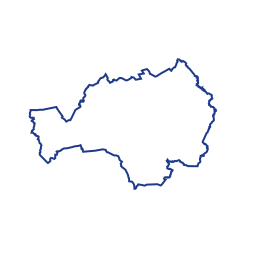 Rundēnu pag., Ludzas, Latvia (Mercator projection), rotated 234°
{"feature_id": "27541924B20258321075970", "entity_name": "Rundēnu pag.", "entity_type": "district", "adm_level": 2, "iso_a3": "LVA", "parent_name": "Latvia", "parent_adm1": "Ludzas", "projection": "mercator", "projection_center": [27.772, 56.271], "detail": "fine", "context": "isolated", "style": "outline", "palette": "blue", "viewbox_px": 256, "rotation_deg": 234, "n_neighbors": 0, "source": "geoboundaries", "source_scale": "gbopen_adm2", "svg_char_len": 5834}
<svg xmlns="http://www.w3.org/2000/svg" viewBox="0 0 256 256"><g transform="rotate(234 128 128)"><path d="M183.0,130.9L182.1,130.5L183.0,125.1L182.9,124.6L185.6,122.0L185.3,121.3L185.3,120.7L184.9,120.4L184.8,119.6L184.5,119.5L184.5,118.5L184.3,117.8L184.4,117.2L184.2,117.0L184.1,116.6L183.9,116.5L183.7,115.7L182.4,113.5L181.3,112.8L179.7,112.9L178.8,111.7L178.7,109.7L177.8,108.8L176.2,108.4L175.7,107.8L175.8,107.5L175.9,107.2L175.7,106.9L175.8,106.8L176.4,106.7L176.5,106.3L177.6,106.6L177.9,106.3L178.0,105.7L177.3,104.6L176.7,104.1L176.3,102.6L175.5,101.9L175.1,102.0L174.8,102.6L174.5,102.7L173.2,102.1L173.1,101.2L173.4,98.0L173.5,96.0L169.5,88.6L168.2,85.9L169.1,84.9L169.5,81.8L172.1,81.8L175.2,80.6L175.8,81.9L184.8,82.0L187.1,82.4L193.0,69.5L194.7,67.3L195.8,65.1L199.8,59.7L198.7,58.9L197.9,57.4L196.3,56.7L195.6,55.6L194.5,55.1L193.2,55.5L192.9,56.4L192.6,56.6L191.7,57.7L190.9,57.4L191.0,57.3L190.7,56.6L190.6,54.4L190.2,54.2L188.7,55.1L187.2,54.7L186.6,55.2L184.5,53.0L183.8,51.9L182.3,51.0L182.2,48.7L180.9,47.2L180.2,48.4L177.5,48.7L177.4,49.5L176.9,49.5L176.4,49.0L176.1,48.9L175.0,49.6L174.4,50.4L173.6,50.6L172.6,49.8L172.1,48.5L171.2,49.0L170.5,48.5L168.8,48.1L167.6,47.6L166.2,48.1L164.7,47.7L164.1,46.6L162.2,45.1L162.0,44.3L161.7,43.8L160.0,43.1L159.9,42.5L159.6,42.2L159.6,41.7L157.9,40.9L147.0,42.5L146.7,42.7L146.9,45.7L148.8,46.9L149.0,48.2L148.5,48.8L146.3,50.2L146.4,51.4L149.2,53.5L148.2,54.6L149.3,56.2L150.9,56.4L150.9,57.0L149.7,58.4L149.2,60.9L149.5,61.3L149.1,64.2L147.5,66.6L145.0,72.5L144.8,73.5L142.6,77.5L142.0,79.5L139.3,78.8L139.2,78.5L138.4,78.1L138.0,78.2L138.1,78.6L138.0,78.9L137.5,78.9L136.7,78.3L135.1,77.8L128.9,88.2L125.6,95.0L123.4,97.1L122.1,96.7L120.7,96.8L120.3,97.4L113.9,100.7L112.8,102.3L110.8,103.6L106.7,102.5L104.3,103.3L103.4,101.1L101.9,100.7L101.4,100.0L99.6,100.3L95.7,101.4L90.0,100.4L87.5,99.2L86.7,99.3L84.2,97.6L82.0,99.8L78.9,99.7L76.8,98.7L75.1,97.5L74.5,98.3L74.7,99.2L75.9,101.0L75.8,102.3L76.4,103.1L74.2,105.3L71.5,107.7L71.2,109.8L65.6,118.2L65.2,118.7L62.2,120.8L62.7,123.3L64.1,127.8L64.5,127.4L65.8,127.4L66.1,128.4L66.4,128.6L65.8,129.9L65.2,130.1L64.4,131.0L64.7,131.3L63.7,132.5L64.0,133.7L65.1,134.3L65.2,135.0L65.4,135.5L66.4,136.2L66.9,137.4L67.4,137.5L67.4,137.8L67.3,138.9L67.7,139.3L70.3,138.0L70.3,137.5L71.5,136.4L72.4,136.1L73.0,136.8L73.6,136.8L73.6,138.1L74.0,138.4L74.6,140.0L75.8,140.4L76.6,139.9L78.7,140.1L78.7,140.7L79.1,141.3L77.0,141.5L76.2,142.3L75.8,143.0L75.3,142.9L75.0,143.3L74.6,143.8L74.7,144.2L74.4,144.2L73.9,144.9L74.1,145.6L73.8,146.0L73.8,146.6L72.8,147.4L72.1,150.2L71.9,150.5L70.7,150.7L70.4,150.4L70.0,150.4L68.9,151.1L68.6,151.1L68.3,151.5L67.8,151.8L67.3,151.7L66.3,152.0L65.9,151.7L65.7,151.9L65.2,151.6L64.3,152.4L63.8,153.2L61.9,154.1L56.2,161.8L56.7,162.2L58.0,164.3L57.9,165.7L58.1,166.5L58.7,167.0L60.8,168.0L61.7,169.7L62.4,169.9L62.7,170.4L62.5,170.8L62.6,171.5L61.9,171.7L61.6,172.3L61.3,172.3L61.0,173.0L62.3,173.5L62.4,175.8L62.3,176.9L62.5,178.1L63.6,179.4L63.7,179.8L64.4,180.4L65.2,180.0L65.7,180.2L65.9,180.4L66.0,181.4L66.8,181.7L67.6,181.2L68.6,181.5L69.9,181.0L70.0,180.9L70.1,180.4L71.4,180.4L72.3,180.0L73.0,180.4L77.7,188.6L77.7,189.7L79.5,192.5L79.5,193.0L80.2,193.3L80.3,194.2L80.9,194.4L80.7,194.8L80.7,195.2L82.4,196.2L82.8,197.1L83.0,198.6L83.5,199.5L83.5,201.2L84.0,202.2L86.6,203.7L87.0,203.9L87.4,203.7L88.1,204.7L88.4,204.6L88.6,205.2L88.4,205.5L88.6,205.6L88.6,206.1L89.1,206.5L89.2,206.9L89.9,207.3L90.1,207.7L90.3,207.7L90.4,208.1L90.1,208.2L90.1,209.1L90.3,209.4L90.6,209.2L90.8,209.5L91.0,209.5L91.4,208.9L91.5,209.1L91.6,208.9L91.9,209.1L92.2,209.0L92.2,209.3L92.5,209.2L93.6,209.6L94.4,209.2L95.0,209.2L95.6,208.5L96.4,208.2L96.6,207.5L98.4,207.7L98.6,207.3L99.0,207.1L99.7,207.7L100.3,207.8L100.5,208.3L102.1,209.5L102.0,209.9L102.3,210.0L102.1,211.3L102.6,211.6L102.6,212.2L102.3,212.9L102.2,213.5L104.4,214.2L104.8,214.8L105.4,215.1L108.6,213.6L109.2,212.8L109.1,212.5L109.3,212.5L109.5,212.2L111.5,212.3L112.7,211.6L113.4,212.3L113.6,212.2L113.6,211.7L114.0,211.9L114.3,211.7L114.2,211.6L114.3,211.4L114.6,211.6L114.7,211.2L115.0,211.3L115.0,210.9L115.3,210.7L115.9,211.3L116.3,211.0L116.2,211.5L116.7,211.3L116.9,211.5L116.9,211.2L117.2,211.3L117.6,211.0L117.5,210.7L117.3,210.6L117.7,210.5L117.6,210.4L118.5,210.0L119.2,210.0L119.4,209.6L119.7,209.5L119.8,209.3L120.6,209.7L121.1,209.5L121.5,209.0L121.8,209.2L122.4,208.9L122.4,209.5L123.1,209.7L123.0,210.0L123.1,210.7L122.9,210.9L123.0,211.1L123.9,211.4L124.0,211.7L124.7,211.8L124.8,212.1L125.3,212.4L125.7,212.0L125.8,212.2L125.7,212.3L125.7,212.7L126.2,212.7L126.4,212.8L126.4,213.1L126.7,213.2L126.7,213.4L127.1,213.8L127.5,214.0L128.1,213.5L128.2,214.0L128.7,213.9L128.9,214.3L129.5,214.1L130.1,213.4L130.0,213.2L130.9,212.6L131.8,213.0L139.8,212.6L142.1,211.9L143.0,212.3L143.5,211.8L145.1,211.8L145.9,212.9L147.0,213.0L148.6,212.5L149.4,211.8L149.6,211.9L150.0,211.2L150.0,210.5L150.3,210.5L150.5,210.3L151.0,210.6L151.5,209.9L153.0,209.9L154.3,208.6L153.5,207.2L152.6,207.2L152.3,206.8L151.8,205.3L150.8,204.1L149.5,201.8L149.9,201.3L149.7,198.5L148.8,196.8L148.8,196.6L151.7,196.2L152.2,191.1L152.7,187.8L153.0,183.0L153.0,182.0L153.4,180.5L153.8,180.1L158.5,178.0L158.8,177.6L161.3,178.4L164.5,178.0L166.0,174.1L166.2,172.9L162.8,172.8L165.0,168.2L160.2,167.5L162.5,162.7L165.2,162.4L167.2,160.8L166.6,160.2L166.7,158.1L167.0,155.5L168.0,154.2L172.3,152.1L172.8,151.5L173.0,150.9L173.5,150.4L173.1,146.8L174.5,145.3L175.5,145.1L175.7,144.2L175.0,143.6L174.5,142.7L175.0,141.9L175.1,141.0L174.9,140.6L175.1,140.0L177.1,140.1L177.6,139.8L179.0,139.7L179.6,139.9L180.2,140.9L180.9,141.2L181.5,141.1L183.3,141.3L183.8,141.6L184.7,141.5L183.9,140.2L183.8,138.7L183.5,137.8L183.6,137.2L184.0,136.6L184.1,135.6L184.4,135.2L184.4,134.8L184.2,134.3L183.0,130.9Z" fill="none" stroke="#1e3a8a" stroke-width="2"/></g></svg>